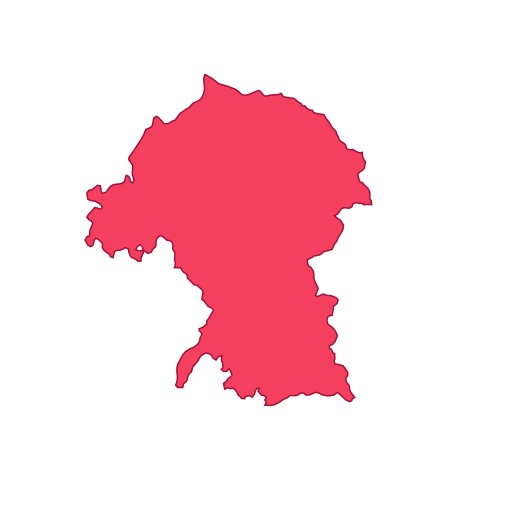 the district of Angatuba, São Paulo, Brazil, rotated 44°
{"feature_id": "56859067B11157452841276", "entity_name": "Angatuba", "entity_type": "district", "adm_level": 2, "iso_a3": "BRA", "parent_name": "Brazil", "parent_adm1": "São Paulo", "projection": "albers", "projection_center": [-48.445, -23.449], "detail": "fine", "context": "isolated", "style": "filled", "palette": "rose", "viewbox_px": 512, "rotation_deg": 44, "n_neighbors": 0, "source": "geoboundaries", "source_scale": "gbopen_adm2", "svg_char_len": 5575}
<svg xmlns="http://www.w3.org/2000/svg" viewBox="0 0 512 512"><g transform="rotate(44 256 256)"><path d="M303.5,138.7L300.4,136.2L297.9,135.6L295.7,133.2L293.3,130.9L290.3,129.8L287.6,129.6L284.5,129.7L281.5,129.3L279.4,130.5L275.7,128.7L272.3,126.4L272.3,123.9L273.1,119.8L272.9,117.2L270.9,114.7L269.3,112.1L267.2,111.9L263.9,110.6L260.5,107.7L258.6,110.0L255.7,111.2L251.7,112.2L249.4,114.5L247.1,116.0L243.4,113.9L240.5,113.8L238.2,114.5L235.4,114.7L232.5,113.2L229.5,112.3L226.7,110.7L223.6,110.8L219.7,110.3L216.5,109.1L210.1,108.2L206.5,107.1L203.5,109.5L200.3,111.5L197.9,112.8L195.4,112.0L192.8,113.8L189.3,114.5L187.1,114.0L185.3,115.6L182.5,115.1L179.0,116.0L176.4,116.0L173.1,116.5L171.2,118.4L168.7,119.9L165.1,122.5L161.2,121.5L159.9,124.4L155.8,128.8L154.5,130.5L152.5,133.6L150.2,135.3L145.4,134.5L143.0,135.0L140.5,140.4L138.7,144.6L137.0,147.4L135.0,149.2L132.5,149.9L129.2,149.8L125.7,150.3L118.6,153.2L113.6,155.8L109.2,158.1L103.1,158.5L100.4,159.0L97.9,159.8L95.4,160.2L93.1,161.1L95.1,164.5L97.1,166.4L98.9,168.0L101.7,170.3L103.7,172.5L105.1,174.9L107.1,179.5L107.0,183.8L104.6,189.6L104.6,192.4L104.7,195.8L103.8,198.8L103.2,202.1L102.5,205.3L102.5,208.4L103.0,211.1L103.4,214.3L102.2,216.9L100.9,222.0L97.9,224.7L92.6,224.3L90.2,224.2L87.6,224.4L86.6,227.4L87.9,229.8L89.3,231.7L91.1,234.8L90.4,238.3L88.8,241.4L90.9,246.5L92.1,250.9L93.2,256.1L95.0,265.9L96.0,273.0L97.7,275.2L101.4,275.8L104.4,276.5L106.2,278.3L109.0,281.9L111.1,283.7L113.9,285.1L115.7,286.6L116.5,289.1L114.0,289.7L111.4,287.9L109.1,287.1L106.6,288.2L109.4,293.2L109.6,295.6L108.5,297.7L107.2,299.7L105.4,301.7L103.8,304.0L103.0,306.6L103.2,311.2L103.9,314.2L101.8,317.8L99.6,317.1L97.2,314.9L95.1,313.6L92.8,315.5L92.0,322.1L90.1,325.0L90.6,328.3L92.9,330.0L95.7,332.0L98.8,330.8L101.4,328.8L103.6,327.9L106.5,327.3L109.6,326.8L112.0,328.4L111.3,330.8L109.2,331.4L106.3,333.1L106.6,339.1L106.6,342.2L107.3,345.6L110.5,346.0L112.9,345.2L116.0,345.8L117.3,349.3L118.6,352.6L120.6,355.3L122.4,357.0L121.0,359.1L121.8,363.2L125.5,364.3L127.6,365.0L130.4,364.2L131.4,361.9L128.7,357.0L128.4,354.7L131.2,353.5L136.7,353.6L139.7,356.9L142.7,357.4L146.0,357.3L149.2,356.5L151.5,357.6L154.3,356.6L152.5,353.4L151.1,351.0L152.0,348.9L155.1,344.7L156.1,340.8L159.4,339.6L161.6,341.4L164.8,342.9L166.9,343.6L169.4,342.6L171.7,342.0L174.7,341.7L176.8,339.7L174.6,337.0L173.7,335.0L172.8,331.9L170.8,330.3L174.1,329.6L176.5,329.2L178.0,325.9L177.0,322.8L177.2,320.3L176.8,317.9L174.3,315.6L172.9,312.9L172.3,310.0L173.7,307.2L176.9,306.6L180.5,306.7L183.5,304.8L185.6,304.3L188.4,305.6L191.3,308.8L195.8,310.3L198.1,312.8L199.9,315.3L202.9,316.9L204.3,318.9L205.4,321.2L207.8,318.8L210.1,317.0L214.4,318.0L217.8,317.4L220.0,317.7L222.2,319.6L227.6,319.5L231.3,319.7L234.5,317.9L238.7,317.9L241.6,317.7L243.7,319.7L247.2,324.9L249.9,324.4L253.2,325.0L256.6,325.5L261.1,323.9L263.4,324.8L263.8,327.6L265.0,332.2L265.7,336.6L267.9,339.6L267.5,342.2L267.1,344.8L265.6,348.0L267.4,349.2L269.6,349.1L271.6,350.1L272.7,353.6L274.8,357.2L275.4,360.5L274.9,363.0L274.5,365.5L273.3,367.5L272.7,370.0L271.7,373.7L272.0,377.9L273.0,381.5L274.8,387.8L276.2,390.6L277.7,392.3L279.7,394.4L281.8,396.1L284.3,398.4L286.7,401.9L288.0,404.8L291.1,404.9L294.7,401.5L292.7,398.5L293.0,394.0L290.9,390.3L289.9,387.8L290.0,384.0L287.8,380.4L287.5,377.7L287.3,375.0L287.1,371.6L285.9,368.2L285.9,364.8L287.5,360.3L290.7,358.8L292.8,358.2L295.7,359.3L299.5,358.6L298.8,355.0L300.7,351.5L303.6,355.1L306.1,356.1L309.5,358.9L309.9,361.8L312.8,361.5L315.0,359.4L315.0,355.6L317.7,356.6L320.2,357.6L321.8,359.0L321.5,362.0L321.0,364.2L321.8,366.7L321.1,370.1L324.0,372.3L326.2,373.5L326.7,370.7L330.0,369.0L331.4,367.0L334.1,366.8L337.6,367.4L339.6,368.4L342.1,368.2L344.5,368.5L346.9,366.7L346.1,364.2L348.3,361.0L351.4,360.1L350.9,356.4L349.0,353.3L348.6,350.4L350.4,348.9L351.2,351.7L354.6,352.1L356.8,352.3L359.2,350.5L362.1,351.0L362.3,353.5L365.1,353.8L366.0,357.2L370.4,353.2L372.8,349.9L373.9,346.4L374.6,344.1L375.1,341.0L376.2,338.1L377.1,335.9L377.2,333.2L378.9,331.2L380.7,329.8L382.4,327.4L383.1,325.1L383.9,322.7L385.9,321.3L388.4,321.4L390.8,319.0L392.4,315.7L393.3,312.9L396.6,310.8L399.8,310.0L402.2,308.5L404.3,307.2L406.1,305.3L408.8,301.6L409.2,297.8L413.3,297.2L420.4,297.1L424.5,295.8L425.4,293.6L424.4,291.5L425.3,289.2L418.1,288.0L415.9,286.8L413.3,284.6L411.1,284.3L408.2,283.7L405.6,281.7L404.8,278.1L402.8,276.0L399.2,275.1L395.0,274.5L392.2,275.9L389.7,277.4L387.5,278.7L385.2,277.4L384.2,275.1L382.1,273.4L380.5,271.6L378.1,272.2L375.2,270.7L373.1,271.3L371.0,269.8L372.6,266.2L372.2,262.5L371.0,259.4L369.9,256.8L367.1,255.5L363.8,254.6L360.4,254.3L357.5,254.8L355.0,255.1L352.1,253.4L350.5,251.3L349.8,248.7L352.0,245.8L350.4,243.5L348.7,240.7L346.6,238.2L347.1,235.9L347.2,233.6L345.3,230.4L342.5,230.4L340.3,231.2L337.8,232.3L334.4,235.1L331.0,236.4L329.5,239.7L328.5,242.2L326.1,243.3L324.9,239.6L323.3,236.2L320.9,235.1L318.7,234.3L316.1,233.4L313.5,232.3L311.1,229.7L308.1,227.2L305.8,226.6L303.3,226.1L300.6,226.6L297.4,224.8L295.5,223.3L296.7,219.7L297.8,215.7L301.0,211.1L301.6,207.9L301.9,205.3L304.3,201.8L306.1,198.3L305.0,195.2L304.0,192.4L303.9,189.6L302.9,187.1L302.1,184.9L301.6,182.3L300.5,177.4L299.0,175.0L297.4,172.9L295.0,172.4L292.4,171.6L288.9,172.3L284.2,172.5L285.4,170.0L285.2,166.8L284.6,162.8L285.7,160.1L290.0,156.8L290.8,153.8L289.5,150.9L291.3,147.7L293.3,146.7L295.7,144.6L298.0,144.2L300.4,141.4L303.5,138.7ZM170.8,330.3L168.4,333.3L165.4,335.3L164.1,332.2L164.8,328.5L167.5,328.1L170.8,330.3Z" fill="#f43f5e" stroke="#9f1239" stroke-width="1.5"/></g></svg>